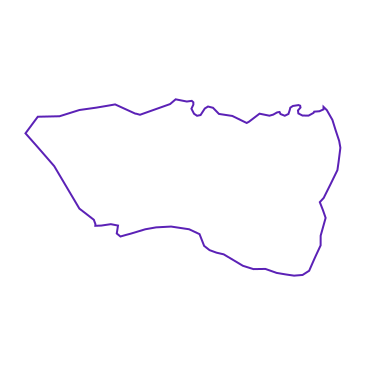 Ayamelum, Anambra, Nigeria (Natural Earth projection), rotated 80°
{"feature_id": "59680162B31003411858547", "entity_name": "Ayamelum", "entity_type": "district", "adm_level": 2, "iso_a3": "NGA", "parent_name": "Nigeria", "parent_adm1": "Anambra", "projection": "natural_earth1", "projection_center": [6.989, 6.555], "detail": "fine", "context": "isolated", "style": "outline", "palette": "violet", "viewbox_px": 384, "rotation_deg": 80, "n_neighbors": 0, "source": "geoboundaries", "source_scale": "gbopen_adm2", "svg_char_len": 1352}
<svg xmlns="http://www.w3.org/2000/svg" viewBox="0 0 384 384"><g transform="rotate(80 192 192)"><path d="M131.0,47.7L133.5,48.2L134.6,52.5L134.1,57.7L135.2,58.6L137.0,63.9L135.9,69.9L133.1,73.6L130.1,73.5L127.7,70.5L125.8,70.5L124.9,72.0L124.8,77.7L126.0,80.5L128.8,81.8L131.9,83.5L133.0,87.4L130.6,91.3L128.4,91.9L128.4,94.4L129.9,98.6L130.3,102.5L126.6,111.9L132.7,123.7L133.5,126.2L124.1,139.1L119.8,151.9L112.7,156.7L110.6,161.4L112.0,164.9L117.7,170.2L117.8,173.8L115.3,176.4L109.9,178.1L106.2,175.5L103.9,175.1L102.2,176.4L102.0,181.4L97.9,192.0L101.6,198.3L106.9,229.8L105.1,233.6L105.0,234.2L92.4,252.5L92.4,259.3L92.3,271.7L91.7,288.6L94.4,309.3L91.1,330.8L105.3,345.8L121.3,336.0L142.6,323.2L168.1,313.6L188.8,305.8L202.3,293.5L206.8,292.7L208.5,293.1L209.3,287.2L209.5,280.5L209.6,277.5L212.2,270.7L219.8,273.3L223.4,270.2L222.8,264.4L222.4,259.7L220.6,244.5L220.6,233.5L222.4,218.6L228.2,201.3L234.8,191.9L247.2,189.4L251.3,185.7L252.3,184.8L256.0,178.4L258.9,171.6L273.5,154.7L278.6,144.9L280.5,133.1L285.9,123.5L286.3,122.9L289.6,113.6L292.1,106.0L292.9,97.5L289.9,90.3L279.7,83.5L276.2,81.1L266.9,74.6L257.4,72.9L240.7,64.9L232.6,66.2L224.2,67.9L220.6,63.2L219.3,62.3L208.5,54.3L195.7,45.0L188.1,42.5L179.4,39.8L174.2,38.2L167.3,38.2L155.6,39.9L145.4,41.2L134.8,45.0L131.0,47.7Z" fill="none" stroke="#5b21b6" stroke-width="2"/></g></svg>